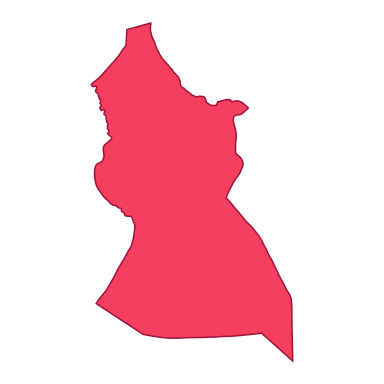 Chantrea, Svay Rieng, Cambodia (Albers equal-area conic projection)
{"feature_id": "14789045B26681024602209", "entity_name": "Chantrea", "entity_type": "district", "adm_level": 2, "iso_a3": "KHM", "parent_name": "Cambodia", "parent_adm1": "Svay Rieng", "projection": "albers", "projection_center": [106.102, 10.92], "detail": "fine", "context": "isolated", "style": "filled", "palette": "rose", "viewbox_px": 384, "rotation_deg": 0, "n_neighbors": 0, "source": "geoboundaries", "source_scale": "gbopen_adm2", "svg_char_len": 4381}
<svg xmlns="http://www.w3.org/2000/svg" viewBox="0 0 384 384"><path d="M247.1,109.4L248.3,107.8L246.8,106.6L245.4,105.3L244.0,104.0L242.7,103.0L241.0,101.9L239.0,101.1L236.5,100.8L234.0,101.3L232.7,101.6L230.8,100.5L229.3,99.5L227.1,99.6L225.1,99.9L222.4,100.6L220.9,101.0L219.5,101.5L218.0,101.6L217.5,102.2L217.0,104.0L216.4,105.2L214.4,105.5L212.7,105.5L211.8,105.3L210.7,105.1L209.8,104.9L209.1,104.3L208.5,103.7L207.3,103.0L206.5,102.4L205.8,100.8L205.7,99.4L204.5,97.2L203.3,96.5L202.3,96.4L201.0,96.4L199.1,96.2L197.5,96.7L195.7,97.1L194.6,96.2L193.8,95.6L192.4,95.2L191.6,95.2L191.0,94.6L190.8,93.7L189.7,93.2L188.6,92.3L187.4,91.3L185.9,90.2L184.8,89.3L184.3,88.4L183.0,87.9L181.9,87.4L181.4,86.2L180.8,85.7L180.4,85.1L180.4,84.0L180.0,81.0L178.9,78.0L178.4,77.1L177.4,76.3L175.5,73.9L173.5,72.0L172.7,70.7L172.0,69.3L171.0,68.4L169.4,66.7L167.7,64.5L165.6,62.4L163.5,60.0L161.7,57.7L159.9,54.7L158.5,51.9L156.6,48.2L155.0,43.5L151.9,36.4L150.4,30.4L150.5,25.7L150.9,24.2L150.7,23.0L127.0,29.6L126.5,35.3L126.3,39.1L126.0,45.5L123.2,48.9L119.0,55.4L114.4,60.9L110.4,65.3L103.9,72.6L99.4,77.6L92.2,83.5L91.3,84.5L91.5,85.2L91.9,85.9L93.3,86.7L94.6,86.5L95.8,86.0L96.7,86.7L96.8,88.0L96.3,88.9L95.8,90.5L95.5,91.3L96.4,92.7L97.4,93.0L98.5,94.2L98.5,95.7L98.7,97.0L99.2,97.9L99.6,98.5L99.4,99.2L100.0,99.5L100.8,100.0L100.5,100.7L100.6,101.4L100.4,102.0L99.9,102.9L100.8,104.2L101.4,105.2L100.4,106.9L99.8,107.5L100.4,109.2L100.9,110.2L101.9,110.4L103.0,109.9L103.9,109.9L104.9,110.7L104.8,112.0L104.4,112.5L103.9,114.0L104.9,115.0L105.8,115.9L106.3,116.5L106.3,117.2L106.1,118.8L106.6,120.5L106.4,121.4L107.3,122.6L107.7,124.0L108.1,124.8L107.4,125.9L107.4,127.0L107.8,127.6L107.3,128.7L108.3,129.5L108.7,130.5L109.2,132.0L108.5,132.6L107.6,133.2L108.0,134.1L109.2,135.3L110.2,136.0L111.7,137.5L111.5,138.6L109.6,140.7L106.9,142.9L104.9,144.5L103.4,147.0L103.3,149.6L103.6,152.6L104.1,155.9L103.3,159.1L101.8,161.6L100.3,162.4L97.6,163.6L96.1,165.1L95.2,166.9L94.7,170.1L94.5,173.6L94.7,177.3L95.1,180.1L95.7,183.0L96.3,185.2L97.3,187.2L98.7,189.7L100.7,192.5L102.5,195.2L105.2,198.3L109.0,201.8L110.8,203.8L113.3,205.3L115.7,205.4L116.8,206.6L119.0,208.0L119.7,208.1L120.5,208.2L121.3,208.8L121.3,210.5L121.9,211.7L123.3,212.5L124.3,213.4L125.0,215.5L126.3,216.1L128.3,216.1L130.9,216.4L132.1,217.7L132.7,219.3L133.4,221.6L134.1,223.1L134.3,224.0L134.5,224.7L134.9,226.0L134.7,229.3L134.0,234.1L133.0,240.1L131.1,246.4L128.4,250.8L125.0,257.1L121.6,262.8L118.7,267.6L114.6,275.8L110.9,282.5L106.0,290.7L102.5,294.9L98.7,299.6L96.2,303.6L142.6,334.1L143.4,334.4L144.8,334.7L145.9,334.9L146.9,335.1L148.6,335.4L151.0,335.8L153.1,336.2L155.0,336.4L156.9,336.8L160.6,337.4L163.4,337.6L166.1,337.9L169.3,338.2L172.7,338.1L176.2,338.1L179.8,338.1L184.2,337.8L187.1,337.7L191.4,337.6L194.8,337.6L199.4,337.5L205.2,337.4L209.0,337.1L213.0,337.1L216.0,337.0L218.9,336.8L224.0,336.4L227.7,336.4L231.5,336.2L235.9,335.9L240.2,335.5L244.9,335.0L249.1,334.6L252.9,334.2L256.9,333.8L260.1,333.4L261.8,333.4L292.7,361.0L292.4,342.2L292.0,328.6L291.8,308.4L291.7,304.9L291.5,301.9L291.1,298.8L290.9,298.0L290.3,296.2L289.1,293.7L287.9,291.8L286.6,289.8L285.7,288.0L284.8,286.3L283.6,283.8L282.4,281.7L281.4,280.0L280.2,277.5L279.0,275.4L277.6,272.4L276.7,270.5L275.4,267.8L274.2,265.1L273.2,262.9L272.5,261.3L271.6,259.8L270.6,258.1L270.0,257.2L269.0,255.3L268.1,253.6L267.6,252.6L267.2,251.3L266.5,249.8L265.9,248.6L265.0,247.0L264.3,245.8L263.2,243.6L262.0,241.0L260.8,238.7L259.8,237.2L258.7,235.4L257.3,233.8L255.9,232.1L253.7,229.4L251.7,226.9L249.0,224.2L246.2,221.4L244.0,218.7L242.2,216.6L240.6,214.6L238.9,212.5L236.5,209.9L231.8,204.1L226.1,197.5L226.5,196.8L226.8,196.0L227.2,194.9L227.7,194.0L228.3,192.7L229.2,190.6L229.8,189.0L231.2,186.8L232.2,184.7L233.3,182.6L234.6,180.6L235.4,179.1L237.5,176.7L239.2,174.0L240.1,172.5L240.9,170.5L241.6,168.9L242.4,167.2L242.8,166.2L243.1,164.1L242.9,162.3L242.4,160.9L241.6,159.2L240.3,157.4L239.0,156.3L237.9,155.3L236.6,154.0L235.7,153.0L235.6,151.4L235.5,149.7L235.5,147.2L235.5,145.1L235.7,143.7L235.4,142.0L236.0,140.7L236.1,139.0L236.2,135.9L236.1,133.2L235.7,130.8L235.2,128.5L234.4,125.8L233.8,123.4L233.4,121.7L233.3,119.5L233.4,118.2L233.6,117.3L234.2,116.3L235.7,115.3L236.9,115.0L239.2,114.9L240.8,114.4L241.8,113.8L243.3,112.6L244.7,111.4L246.0,110.1L247.1,109.4Z" fill="#f43f5e" stroke="#9f1239" stroke-width="1.5"/></svg>